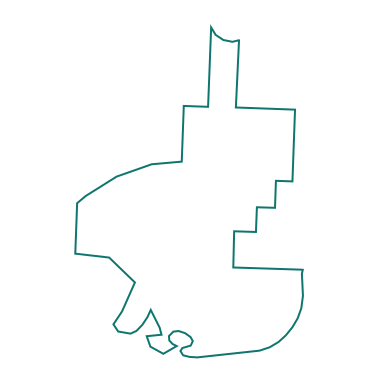 Al Khawr, orthographic projection, rotated 92°
{"feature_id": "QAT-1105", "entity_name": "Al Khawr", "entity_type": "Municipality", "adm_level": 1, "iso_a3": "QAT", "parent_name": "Qatar", "parent_adm1": "", "projection": "orthographic", "projection_center": [51.407, 25.752], "detail": "fine", "context": "isolated", "style": "outline", "palette": "teal", "viewbox_px": 384, "rotation_deg": 92, "n_neighbors": 0, "source": "natural_earth", "source_scale": "10m", "svg_char_len": 928}
<svg xmlns="http://www.w3.org/2000/svg" viewBox="0 0 384 384"><g transform="rotate(92 192 192)"><path d="M265.9,78.6L269.9,79.3L291.9,77.5L304.4,78.7L314.6,82.0L323.6,86.9L332.1,93.3L338.9,100.3L344.5,109.0L348.2,119.0L357.1,180.9L356.9,188.7L355.5,195.2L351.3,198.0L348.3,196.2L345.5,187.9L341.0,186.0L337.0,188.4L333.3,194.0L331.4,200.5L332.2,205.8L336.8,210.0L341.2,209.5L344.6,206.1L346.5,201.9L354.7,215.0L348.0,228.2L337.7,232.2L335.7,217.5L328.7,219.6L311.3,229.1L318.7,232.2L326.5,237.0L332.8,242.7L335.7,248.5L334.0,260.9L327.0,265.9L313.7,257.7L284.4,245.9L260.4,272.5L257.7,306.5L207.2,306.4L199.7,298.1L179.2,267.8L165.7,233.3L162.0,203.3L106.3,203.2L106.3,178.9L26.9,178.6L34.2,173.8L39.0,166.0L40.5,156.8L38.7,150.4L38.8,150.3L106.0,151.1L106.1,91.9L177.9,92.0L177.9,108.5L204.9,108.5L205.0,126.6L229.7,126.7L229.8,148.5L266.0,148.1L265.8,80.8L265.9,78.6Z" fill="none" stroke="#0f766e" stroke-width="2"/></g></svg>